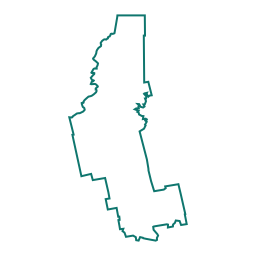 Somerset, Maine, United States of America (Robinson projection)
{"feature_id": "52423323B50895679426840", "entity_name": "Somerset", "entity_type": "district", "adm_level": 2, "iso_a3": "USA", "parent_name": "United States of America", "parent_adm1": "Maine", "projection": "robinson", "projection_center": [-70.064, 45.576], "detail": "fine", "context": "isolated", "style": "outline", "palette": "teal", "viewbox_px": 256, "rotation_deg": 0, "n_neighbors": 0, "source": "geoboundaries", "source_scale": "gbopen_adm2", "svg_char_len": 2831}
<svg xmlns="http://www.w3.org/2000/svg" viewBox="0 0 256 256"><path d="M117.4,15.4L117.2,17.3L114.5,33.1L114.4,33.3L112.7,33.9L112.3,33.8L111.5,33.7L110.9,33.9L110.5,34.4L110.5,35.0L109.6,36.5L108.8,36.7L108.2,37.0L108.0,37.3L108.0,38.1L107.8,38.4L107.5,38.4L106.8,39.1L106.1,39.6L105.0,39.3L104.0,39.5L103.8,39.6L102.5,40.6L102.2,40.8L100.8,42.7L100.7,42.9L100.8,44.0L101.1,44.3L101.2,44.6L100.9,46.2L100.2,46.7L98.5,47.9L97.1,49.9L96.7,50.8L96.5,51.3L96.4,52.2L96.2,53.4L96.0,53.9L94.9,56.3L93.7,57.8L93.1,58.4L93.2,59.0L94.4,60.3L94.8,60.5L95.0,60.6L95.4,60.9L97.8,63.1L98.0,63.4L97.9,63.9L97.5,65.5L96.8,66.7L96.5,67.5L96.5,67.8L96.7,68.0L96.7,68.6L95.4,68.6L94.9,68.4L93.8,68.8L93.3,69.3L91.4,72.7L91.6,72.9L91.8,73.0L93.0,73.1L93.5,72.9L93.8,72.9L94.3,73.1L94.3,73.5L94.2,74.1L93.0,75.2L90.8,77.8L92.0,80.0L93.0,80.2L93.7,80.4L93.8,80.5L93.5,80.9L92.7,81.5L92.2,81.6L91.7,81.9L91.5,82.2L91.3,83.1L90.8,84.0L91.2,84.2L93.3,84.1L94.1,83.9L94.7,84.0L95.5,84.1L96.6,85.0L97.8,86.3L97.8,86.6L97.7,86.8L96.7,87.5L95.8,88.4L95.7,88.5L95.7,88.9L95.7,89.0L95.9,88.9L96.2,89.2L96.5,90.5L96.6,90.9L96.1,92.2L95.7,92.6L93.8,94.3L91.8,95.7L90.8,96.1L89.6,96.4L88.5,96.6L86.3,98.5L85.0,99.7L84.4,100.3L83.6,101.5L83.4,102.0L83.6,102.1L83.6,102.6L83.3,102.9L83.1,102.9L82.9,102.9L82.7,102.7L81.7,103.0L81.8,104.0L82.7,106.7L83.1,107.2L83.6,107.4L84.3,108.1L84.7,109.8L84.1,110.5L83.2,111.5L80.4,112.9L79.7,113.2L79.0,113.2L78.6,113.2L76.9,113.5L74.5,115.2L73.2,116.0L72.4,116.8L72.4,117.1L71.8,117.5L70.4,117.4L69.3,117.3L73.6,134.6L72.4,134.8L81.4,176.2L91.1,173.9L92.8,180.1L105.1,178.0L108.4,192.4L109.5,198.5L105.7,199.1L107.8,209.5L116.6,207.9L118.2,216.7L119.3,216.6L119.5,218.2L119.6,219.9L118.4,220.1L119.4,225.6L120.0,229.2L123.3,228.8L122.5,231.1L124.5,232.6L126.0,236.8L133.1,235.6L135.8,237.2L136.2,240.2L138.6,240.6L140.1,237.1L143.0,237.8L143.2,238.2L145.9,238.8L150.2,239.6L155.7,240.6L157.0,239.9L156.9,237.9L158.1,235.6L157.4,234.2L153.6,229.8L153.2,226.8L153.7,226.5L155.9,226.1L166.9,224.3L168.0,224.6L167.9,227.5L172.9,226.5L173.1,224.5L174.9,222.9L175.8,220.5L179.6,221.0L181.1,225.0L186.7,224.1L184.8,214.3L185.3,214.1L180.7,193.9L178.4,184.2L165.2,186.4L165.7,188.2L163.8,189.6L154.2,191.2L151.1,181.2L148.5,170.5L148.4,168.6L146.9,159.5L139.6,131.4L144.0,128.7L145.6,125.4L145.0,124.7L146.7,121.8L145.2,120.5L145.8,119.3L147.6,119.9L145.7,118.7L142.9,119.1L143.4,116.1L141.9,116.0L139.1,114.5L138.6,112.5L137.4,111.9L138.5,110.8L134.8,109.3L136.2,108.4L138.8,108.4L138.4,106.8L139.4,105.9L137.6,104.0L139.1,104.1L140.6,106.8L143.1,107.5L144.5,106.5L143.4,104.4L144.8,104.3L146.0,101.1L145.0,98.5L146.1,98.4L146.3,96.4L143.4,93.1L143.9,93.6L147.0,92.8L146.6,93.8L148.3,96.7L149.6,95.6L151.7,95.3L148.3,81.8L144.2,82.5L143.8,35.6L145.0,35.6L144.8,15.4L117.4,15.4Z" fill="none" stroke="#0f766e" stroke-width="2"/></svg>